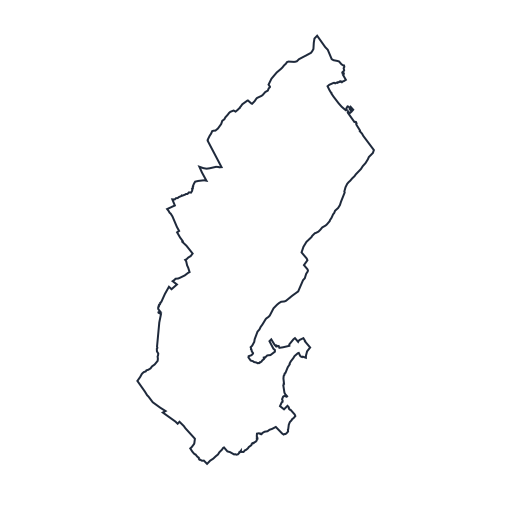 outline of Vultureni, Bacau, Romania, rotated 245°
{"feature_id": "2599482B57556224697015", "entity_name": "Vultureni", "entity_type": "district", "adm_level": 2, "iso_a3": "ROU", "parent_name": "Romania", "parent_adm1": "Bacau", "projection": "natural_earth1", "projection_center": [27.229, 46.411], "detail": "fine", "context": "isolated", "style": "outline", "palette": "slate", "viewbox_px": 512, "rotation_deg": 245, "n_neighbors": 0, "source": "geoboundaries", "source_scale": "gbopen_adm2", "svg_char_len": 6051}
<svg xmlns="http://www.w3.org/2000/svg" viewBox="0 0 512 512"><g transform="rotate(245 256 256)"><path d="M429.8,404.5L428.4,400.9L425.0,398.6L419.3,395.5L417.8,393.4L416.9,391.7L416.2,378.1L415.2,375.3L415.5,373.5L415.9,372.4L418.5,367.6L418.6,365.9L417.7,364.5L416.9,362.0L415.7,359.6L415.0,357.6L413.6,352.4L410.2,345.0L406.0,339.8L403.6,340.2L403.2,340.0L402.5,338.3L400.9,336.6L400.7,333.7L399.1,330.1L398.8,328.7L398.8,323.8L398.5,322.9L396.9,320.2L395.6,316.8L396.1,316.3L400.4,314.4L400.5,314.0L399.3,307.7L398.1,305.6L397.5,304.3L396.9,303.7L396.9,303.0L396.2,301.2L395.5,298.5L397.3,297.2L397.5,293.7L397.1,292.2L395.9,289.9L394.6,286.8L393.3,285.1L392.8,282.6L390.3,280.2L387.6,275.3L386.8,272.2L387.4,270.8L387.7,269.1L385.8,266.9L384.6,264.9L381.8,261.4L381.4,261.4L381.0,260.9L351.1,262.3L351.9,260.2L352.6,259.5L353.7,257.5L355.1,251.0L356.0,248.1L357.9,245.4L360.8,242.4L354.6,242.3L345.2,242.9L346.4,241.2L347.0,239.7L348.4,235.5L349.1,232.3L347.9,230.5L346.1,228.5L345.7,228.5L345.4,227.9L344.3,227.6L344.0,227.3L344.3,227.0L343.9,226.4L343.3,226.5L342.1,225.7L340.9,223.9L342.0,222.1L341.2,220.1L341.8,218.6L341.6,217.8L341.8,214.7L342.2,214.3L341.9,214.0L342.0,210.8L341.6,209.5L342.2,207.9L341.6,206.2L342.7,204.1L336.1,203.8L336.1,195.3L334.0,195.8L331.7,196.0L330.4,196.6L327.2,197.0L315.8,196.6L311.2,196.9L310.8,194.5L304.9,195.0L300.3,195.9L300.0,195.2L294.7,197.3L285.0,199.6L283.4,196.5L283.5,196.1L283.2,193.8L282.4,191.7L282.4,190.2L280.8,190.5L276.6,189.6L274.0,189.6L269.5,189.0L269.4,187.2L268.5,183.2L268.4,177.7L268.5,175.9L269.4,173.4L268.9,172.4L268.4,169.8L263.6,172.3L261.6,165.4L264.9,164.1L260.1,157.4L254.5,150.9L254.0,149.4L253.6,149.4L252.9,148.6L252.9,147.8L252.5,147.8L251.9,146.7L251.2,146.6L251.0,145.8L249.9,145.2L249.0,145.0L245.7,145.8L246.3,143.9L246.1,143.7L245.7,143.7L243.6,145.4L236.7,140.3L215.7,128.0L214.4,127.8L213.8,126.9L211.4,125.9L208.9,126.2L207.3,125.2L206.6,124.4L204.2,123.6L202.5,122.5L200.5,118.3L199.9,115.1L198.7,112.9L198.4,110.3L198.7,108.4L198.0,107.3L198.2,105.3L197.8,103.8L197.3,102.6L195.3,99.9L192.9,95.7L180.0,98.0L175.7,98.5L174.2,99.1L167.1,100.6L159.0,105.1L153.7,108.5L153.5,105.4L140.0,113.0L137.1,114.1L138.1,116.6L132.4,118.7L129.7,119.2L116.2,123.4L112.4,121.0L111.8,120.4L110.0,117.0L109.4,115.1L105.7,115.6L103.1,116.3L102.2,116.7L101.8,117.3L98.9,118.0L97.4,118.9L96.4,118.5L95.2,118.7L95.0,119.4L93.6,120.2L93.2,120.7L92.6,122.3L88.3,123.8L89.9,128.0L90.4,131.6L91.5,134.9L92.2,137.7L93.6,139.8L94.9,143.4L95.9,145.0L96.0,146.1L91.0,147.5L89.2,149.6L85.4,152.3L85.2,153.3L84.2,154.3L83.9,155.8L84.7,157.8L85.2,157.9L85.4,159.0L85.9,160.0L85.1,159.6L84.7,159.7L83.7,161.9L84.6,164.0L84.5,165.2L85.1,167.4L85.9,168.7L86.5,171.8L87.4,172.6L87.5,173.3L87.9,173.6L87.8,174.6L87.4,174.8L87.8,175.9L87.8,177.1L88.4,178.5L89.2,179.2L90.3,179.6L90.0,180.2L91.0,180.5L92.3,180.5L94.6,181.8L94.1,183.8L92.9,184.7L93.1,185.0L92.2,185.7L92.9,187.0L93.1,189.6L92.3,192.4L92.8,194.8L92.5,197.5L92.7,201.7L84.0,204.7L82.5,205.6L82.6,206.6L82.2,207.4L82.4,208.6L83.4,210.9L85.2,211.6L85.4,212.0L89.2,214.4L91.2,216.5L92.1,218.9L92.7,219.4L93.3,221.8L94.3,224.0L96.0,224.1L102.1,222.3L102.2,221.9L103.1,221.4L104.3,221.4L104.9,221.8L106.9,221.2L105.2,216.6L109.8,214.3L112.6,217.6L112.6,218.4L113.6,219.0L115.2,219.1L117.1,221.2L117.2,222.2L116.8,223.0L115.5,224.3L115.7,224.9L118.3,224.1L120.1,224.0L127.3,226.1L127.5,226.5L128.5,227.1L128.4,227.4L133.4,229.1L135.6,230.4L136.4,231.7L136.9,231.8L137.5,232.5L137.6,233.3L141.8,237.8L143.6,240.8L144.3,241.0L145.8,243.0L147.7,246.7L149.0,248.6L150.2,252.8L150.1,253.8L146.9,253.8L145.9,254.2L144.9,255.1L145.1,255.6L144.7,256.2L142.7,258.2L144.5,259.1L148.0,262.0L150.2,266.4L157.9,264.3L158.1,264.6L161.5,264.2L161.5,260.1L161.1,258.8L160.4,257.9L165.1,256.6L164.7,254.8L161.8,248.8L160.5,248.3L161.9,241.7L162.9,238.4L164.8,238.5L164.9,238.0L165.1,237.9L165.2,236.9L166.2,236.8L166.4,236.6L165.9,235.9L167.8,235.3L174.0,234.6L173.1,232.2L164.6,232.6L162.8,233.4L161.3,232.7L160.1,227.2L161.0,224.7L161.1,224.1L160.1,221.3L160.5,221.2L160.7,220.1L159.2,219.6L158.7,217.4L158.0,216.4L157.8,214.8L158.0,214.6L157.6,214.0L157.6,213.4L158.1,212.8L158.1,212.2L159.4,211.2L160.7,209.4L161.9,208.8L163.5,207.0L167.3,206.3L168.3,207.0L168.0,210.0L168.8,212.0L169.2,212.3L171.3,211.9L172.8,212.3L173.5,212.0L174.0,212.4L175.6,212.6L176.3,214.6L178.9,218.1L181.1,219.6L186.8,225.4L188.0,228.1L189.8,230.3L191.1,232.7L194.7,238.1L195.1,239.1L195.5,241.5L196.2,243.3L201.2,249.8L203.0,254.6L203.6,256.9L203.9,259.4L202.8,262.6L202.7,264.1L204.7,272.1L206.1,279.3L214.2,288.4L215.2,290.8L218.7,294.0L220.1,296.3L221.0,297.0L222.4,297.0L227.5,295.6L230.4,300.8L232.3,300.9L240.0,298.8L244.3,302.9L247.5,307.7L249.7,314.3L250.5,315.4L251.4,317.9L251.8,319.1L251.6,319.8L251.7,322.9L252.6,325.4L253.9,328.1L254.2,331.9L254.6,333.4L256.5,337.6L257.1,338.0L258.7,340.6L261.2,343.5L261.9,345.0L263.6,346.8L264.8,350.7L266.7,353.6L269.3,356.0L275.8,362.9L276.3,363.3L277.1,363.3L280.5,366.2L282.9,369.2L283.8,371.2L284.4,373.2L285.7,376.0L286.7,379.0L287.8,380.9L290.5,387.9L292.3,390.7L293.9,394.5L296.4,398.3L298.0,400.1L300.0,405.5L302.2,407.6L319.4,404.0L322.1,403.8L325.3,402.8L325.8,403.3L332.3,402.5L333.4,402.6L333.7,403.2L335.3,403.2L335.8,402.4L335.9,401.8L346.9,399.8L347.3,399.8L348.1,400.6L345.8,401.2L346.4,403.4L347.5,405.9L350.8,404.9L350.0,404.3L349.0,404.3L348.5,403.3L349.7,403.0L350.1,403.7L352.1,403.1L352.9,402.2L351.7,400.4L350.2,399.9L350.0,399.1L351.3,398.4L355.1,396.7L359.5,395.4L367.7,393.6L371.4,393.0L371.7,393.3L373.1,392.9L375.2,392.7L379.6,392.6L380.2,394.8L380.1,399.4L379.9,400.1L379.0,400.7L379.0,403.1L378.5,403.2L378.8,405.9L378.2,405.9L378.1,407.0L377.2,407.3L377.5,408.4L377.4,409.8L377.7,411.9L383.3,411.4L383.3,412.0L384.4,412.8L385.4,411.6L385.6,411.6L386.0,411.9L386.7,414.0L387.1,414.4L389.2,414.8L390.1,416.0L390.5,416.1L391.5,416.3L391.9,415.6L393.6,414.5L397.2,413.5L398.3,412.3L400.7,409.0L402.4,407.8L412.6,408.2L416.1,407.0L429.8,404.5Z" fill="none" stroke="#1e293b" stroke-width="2"/></g></svg>